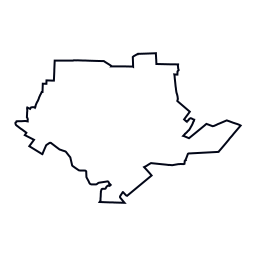 Saraiu, Constanta, Romania
{"feature_id": "2599482B59135931499306", "entity_name": "Saraiu", "entity_type": "district", "adm_level": 2, "iso_a3": "ROU", "parent_name": "Romania", "parent_adm1": "Constanta", "projection": "equal_earth", "projection_center": [28.194, 44.705], "detail": "fine", "context": "isolated", "style": "outline", "palette": "ink", "viewbox_px": 256, "rotation_deg": 0, "n_neighbors": 0, "source": "geoboundaries", "source_scale": "gbopen_adm2", "svg_char_len": 5278}
<svg xmlns="http://www.w3.org/2000/svg" viewBox="0 0 256 256"><path d="M228.7,139.8L229.7,138.4L232.2,135.6L233.7,133.7L239.0,127.5L240.6,125.6L240.4,125.5L240.4,125.4L240.0,125.2L239.2,124.8L238.9,124.7L238.2,124.4L237.2,124.0L236.8,123.9L235.5,123.5L234.9,123.3L234.3,123.1L234.1,123.0L233.3,122.8L232.3,122.4L231.2,122.0L229.4,121.3L228.4,121.0L226.8,120.4L226.5,120.5L219.2,123.6L218.1,124.0L216.1,125.0L214.7,125.6L214.3,125.8L213.6,126.0L213.0,126.1L212.6,126.2L208.4,124.6L206.4,123.9L205.7,124.5L205.4,124.7L204.9,125.2L197.1,131.6L189.0,138.2L188.5,138.0L184.5,136.3L184.0,136.1L183.2,135.9L184.5,134.5L184.8,134.2L184.9,133.9L185.1,133.7L185.3,133.6L185.7,133.3L186.1,132.9L187.1,132.0L187.3,131.7L187.5,131.4L187.9,131.1L188.0,131.0L188.1,130.9L188.3,130.7L188.6,130.3L189.0,130.1L189.3,129.7L189.6,129.2L189.9,128.7L190.1,128.4L190.6,127.4L190.9,126.9L191.1,126.6L191.6,125.7L191.8,125.3L191.9,125.2L192.9,123.1L192.9,122.8L193.3,121.9L193.7,121.4L194.0,120.5L194.2,119.7L193.7,119.6L191.8,118.6L191.4,118.4L191.2,118.4L190.7,118.2L190.4,118.3L190.0,118.5L189.3,119.0L189.1,119.2L188.9,119.4L188.5,120.1L188.3,120.5L188.2,120.5L187.8,120.6L187.5,120.7L187.3,120.8L187.2,120.9L187.0,121.1L186.8,121.7L186.2,121.3L185.2,120.4L184.1,119.4L186.4,116.3L187.3,115.1L189.8,111.7L177.3,101.0L177.3,100.9L177.5,100.1L177.7,99.7L177.8,99.1L177.9,98.9L177.8,98.6L177.7,98.1L177.7,97.6L177.6,97.0L177.6,96.7L177.5,96.4L177.4,95.7L177.3,95.4L177.1,94.7L177.1,94.4L176.8,93.6L176.5,92.8L176.5,92.4L176.3,91.7L176.2,90.7L176.0,89.7L175.9,88.3L175.6,86.4L175.2,82.4L175.0,80.5L174.9,79.3L174.8,79.1L174.8,78.4L174.7,77.5L174.6,76.1L174.5,75.5L174.4,74.8L174.3,74.4L176.6,74.6L177.4,74.6L177.5,71.4L177.9,70.9L178.6,70.3L178.6,69.8L178.2,68.7L177.9,65.4L178.0,65.0L178.0,64.8L178.1,64.6L178.1,64.4L170.9,64.3L169.5,64.3L156.4,64.0L156.2,59.0L156.1,58.5L156.1,57.5L156.0,56.2L156.0,55.7L156.0,55.3L155.9,54.7L155.9,53.2L154.4,53.3L146.2,53.6L139.9,53.8L138.3,53.8L138.0,54.1L137.8,53.9L133.7,56.2L132.8,57.0L133.0,62.6L133.1,66.8L132.5,66.5L131.1,66.5L130.5,66.5L129.3,66.5L124.3,66.4L121.4,66.4L118.0,66.4L116.1,66.4L114.2,66.4L111.7,66.4L111.8,66.3L111.7,66.2L109.8,64.9L106.1,62.6L104.4,61.5L103.9,61.1L98.9,61.0L88.8,60.7L86.6,60.6L84.5,60.5L82.2,60.5L76.9,60.3L76.4,60.4L74.2,60.3L73.8,60.3L73.4,60.4L73.1,60.6L72.2,60.6L65.7,60.6L63.0,60.6L62.1,60.6L59.8,60.6L54.7,60.6L54.3,70.0L54.3,70.3L54.3,71.1L53.9,80.6L52.1,80.6L47.4,80.4L46.5,80.4L46.4,83.8L42.8,83.7L42.5,92.0L41.7,92.0L40.9,93.8L40.2,95.0L39.8,96.0L39.3,97.0L39.0,97.8L38.6,99.1L37.5,101.5L37.1,102.0L36.2,104.0L35.1,107.0L35.3,107.1L35.0,107.7L34.9,107.6L34.3,107.4L33.8,107.2L32.1,107.2L30.8,107.6L30.1,108.9L27.3,107.5L27.1,108.0L27.3,111.1L27.2,111.5L27.1,112.3L27.1,113.2L26.9,117.3L27.1,117.6L27.5,118.2L27.6,118.7L27.8,119.5L27.7,119.9L27.6,120.2L27.7,121.2L27.7,121.4L26.0,121.1L25.5,121.0L25.1,121.0L24.8,121.0L21.4,121.2L17.9,121.2L16.7,121.3L16.7,121.5L16.4,121.9L16.2,122.1L15.9,122.3L15.7,122.4L15.6,122.6L15.5,122.8L15.4,122.9L15.4,123.1L15.5,123.7L15.6,124.1L15.9,124.8L16.1,125.1L16.6,125.5L16.8,125.7L17.4,126.1L20.1,128.2L21.2,129.0L22.2,129.6L23.1,130.3L23.9,130.9L25.7,132.2L26.4,132.8L24.8,135.1L34.0,139.8L29.3,146.2L42.3,154.2L42.5,154.0L43.2,152.1L44.7,148.6L45.8,146.1L46.0,145.6L46.3,145.1L46.7,144.8L47.5,144.3L49.1,143.2L49.5,143.0L49.9,142.8L50.2,142.8L50.5,142.8L50.8,142.9L50.8,143.0L51.4,143.3L53.4,144.8L56.0,146.8L59.2,149.2L59.6,149.5L60.6,149.8L62.5,150.5L62.8,150.6L64.1,151.0L65.0,151.3L65.5,151.5L65.9,151.8L69.1,155.9L70.1,157.1L70.3,157.4L71.5,162.6L71.8,163.9L72.1,165.3L72.3,165.6L72.5,165.9L72.8,166.1L75.6,168.1L78.1,169.8L78.4,170.0L78.7,170.2L79.1,170.4L79.4,170.4L80.1,170.5L81.7,170.5L84.0,170.5L84.9,170.6L85.2,170.6L85.5,170.7L85.6,170.8L85.8,170.9L86.0,171.2L86.2,171.4L86.2,171.5L86.3,174.0L86.4,176.4L86.4,177.0L86.9,178.1L87.9,179.9L88.4,180.8L89.5,183.2L90.1,183.9L90.8,184.2L91.1,184.3L91.4,184.4L92.0,184.4L93.2,184.4L95.5,184.4L96.0,184.4L96.4,184.3L96.8,184.1L97.5,183.6L98.0,183.2L98.4,182.9L98.7,182.8L99.1,182.7L106.3,181.6L107.3,181.4L107.8,181.4L108.0,181.5L108.5,182.0L109.1,183.2L109.2,183.5L109.5,183.7L110.0,184.1L110.7,184.9L109.7,185.8L109.2,185.9L108.7,185.3L107.7,185.8L107.2,186.1L107.0,186.3L106.8,186.5L106.6,186.7L106.4,186.9L106.1,187.5L105.8,188.1L105.6,188.5L105.3,188.7L104.8,188.8L104.0,188.8L102.7,188.8L102.3,188.9L102.1,189.0L101.8,189.1L101.6,189.3L101.5,189.7L101.3,190.0L101.0,191.2L100.9,191.4L100.9,191.7L100.9,192.5L100.8,193.1L100.7,196.3L100.5,198.7L100.5,200.0L100.5,200.5L100.4,200.6L100.3,200.9L100.1,201.2L99.6,202.0L109.9,202.4L111.2,202.4L111.7,202.4L112.9,202.4L113.9,202.5L124.5,202.8L122.9,200.9L120.5,198.0L120.0,197.2L120.0,196.7L120.1,196.4L120.3,195.9L122.8,192.1L123.0,192.1L126.1,195.4L127.1,195.8L151.6,175.5L149.4,172.9L146.9,170.1L144.1,167.1L146.3,166.0L148.6,164.5L150.8,163.2L151.0,163.1L151.4,163.1L151.8,163.2L161.5,164.2L165.6,164.6L168.2,164.9L168.4,165.0L169.1,164.9L172.2,165.2L177.4,164.3L178.5,164.1L179.6,164.1L180.2,164.0L183.8,164.1L184.5,163.8L184.7,161.0L185.8,160.2L185.5,159.8L185.9,159.1L186.7,157.1L187.9,153.9L188.1,153.7L188.5,153.5L189.6,153.4L190.2,153.4L218.4,151.9L218.6,151.8L218.6,151.7L221.3,148.6L225.7,143.4L228.7,139.8Z" fill="none" stroke="#020617" stroke-width="2"/></svg>